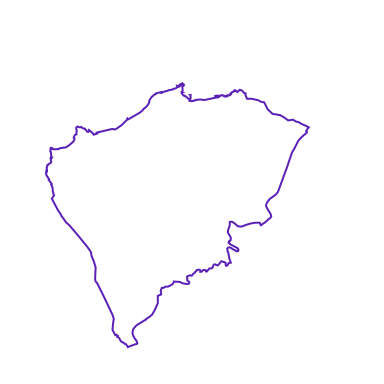 the district of Kota Parepare, Sulawesi Selatan, Indonesia, rotated 63°
{"feature_id": "22746128B37987509465042", "entity_name": "Kota Parepare", "entity_type": "district", "adm_level": 2, "iso_a3": "IDN", "parent_name": "Indonesia", "parent_adm1": "Sulawesi Selatan", "projection": "orthographic", "projection_center": [119.648, -4.02], "detail": "fine", "context": "isolated", "style": "outline", "palette": "violet", "viewbox_px": 384, "rotation_deg": 63, "n_neighbors": 0, "source": "geoboundaries", "source_scale": "gbopen_adm2", "svg_char_len": 5862}
<svg xmlns="http://www.w3.org/2000/svg" viewBox="0 0 384 384"><g transform="rotate(63 192 192)"><path d="M284.6,325.3L284.9,324.0L286.3,323.9L286.7,324.3L286.8,324.0L287.0,324.3L288.2,323.5L289.3,323.2L292.6,323.1L293.8,322.7L294.0,322.3L295.5,321.3L296.7,320.9L297.6,319.9L301.2,319.5L301.1,318.7L301.8,312.6L302.3,310.0L302.0,309.4L300.5,309.1L299.0,309.1L296.7,309.5L293.5,309.6L290.8,309.1L288.4,307.5L287.3,306.2L285.9,302.9L285.4,300.3L284.7,290.9L284.4,290.8L283.8,285.8L283.0,282.9L280.0,278.4L275.6,273.0L269.0,269.6L269.3,266.0L266.6,265.0L265.8,264.5L265.3,264.4L264.6,263.4L263.7,262.5L264.2,261.2L264.4,261.1L264.5,260.1L264.2,259.0L265.5,256.0L265.3,255.4L265.6,254.6L265.3,253.3L265.4,252.1L265.3,251.2L264.3,249.6L263.5,248.7L264.5,247.3L266.4,243.9L269.4,241.5L270.4,240.1L270.7,239.5L271.4,238.7L272.3,236.8L272.0,235.9L271.0,235.4L270.5,235.4L269.1,236.2L268.3,236.2L266.6,235.3L266.0,235.3L265.1,234.7L265.2,231.8L266.5,230.2L265.4,227.9L265.3,226.5L264.2,224.4L264.3,223.9L263.9,223.8L263.8,223.4L264.1,221.4L265.1,220.3L265.5,220.2L266.6,220.7L266.6,220.2L267.2,220.2L267.3,219.0L266.7,217.7L267.0,216.3L267.8,215.7L268.1,215.2L269.1,215.6L269.6,215.2L269.5,214.7L268.0,211.1L269.0,209.2L268.5,207.7L267.2,206.6L266.7,205.5L266.7,204.6L269.1,202.4L268.6,200.8L267.0,197.4L267.7,196.4L268.5,195.9L269.1,195.1L270.4,194.2L272.1,195.1L273.3,195.1L273.5,193.8L272.0,191.7L272.6,189.5L268.1,188.9L262.4,187.2L260.8,187.2L259.5,186.6L258.5,186.4L257.9,184.9L258.4,183.7L259.7,182.5L261.4,181.7L263.4,180.1L265.0,179.3L265.6,177.7L265.0,177.1L264.3,176.8L264.1,177.0L263.4,176.9L262.4,177.1L256.1,181.6L255.6,181.9L254.9,181.8L253.8,182.5L252.7,181.2L253.0,180.9L252.7,179.7L252.3,179.6L251.3,178.6L249.9,178.1L244.2,178.4L242.6,177.4L238.9,173.5L235.9,172.0L236.3,170.4L237.0,169.6L239.5,168.2L243.2,166.8L244.8,164.6L245.5,162.5L245.7,159.7L246.7,154.0L248.0,149.9L249.6,146.5L250.2,145.6L252.0,145.8L253.0,145.6L253.0,145.0L252.5,143.7L252.3,141.0L250.9,135.8L250.6,133.8L249.8,132.5L248.4,132.1L246.6,132.0L241.0,132.5L238.2,132.4L237.4,132.0L235.9,130.5L234.8,128.8L233.4,125.7L232.5,119.3L231.7,116.8L230.7,115.1L212.7,95.7L202.3,85.1L199.8,81.1L194.5,73.9L192.7,68.9L191.6,64.2L191.1,62.7L190.7,62.3L189.4,62.6L187.4,58.6L185.1,60.2L180.9,63.7L178.7,64.8L176.4,67.4L173.4,69.2L171.9,73.8L167.5,76.0L163.5,78.6L158.9,84.8L152.7,87.0L144.8,87.0L142.9,89.6L140.1,91.5L135.8,96.8L134.0,100.6L130.4,100.4L128.4,99.5L127.9,100.4L124.3,101.4L122.6,103.0L123.5,106.3L121.5,106.9L121.6,107.5L121.2,107.6L121.4,107.8L121.0,108.5L121.4,108.8L121.4,109.3L121.2,109.3L121.4,110.7L121.2,111.0L121.8,113.1L122.5,112.8L122.7,113.5L122.9,113.9L122.9,114.6L122.5,114.9L122.5,116.4L122.7,116.6L122.6,117.0L122.3,117.0L122.5,117.2L122.0,117.8L122.3,118.3L121.8,118.5L121.8,118.8L122.0,119.0L121.8,119.5L121.4,119.4L120.8,119.8L120.9,120.1L120.3,120.2L119.3,121.1L119.5,121.9L119.0,122.6L119.5,124.8L119.5,126.1L119.3,126.6L119.0,126.6L119.1,124.6L118.2,124.5L117.5,126.5L117.2,126.5L117.0,127.8L118.7,127.9L115.7,139.1L113.3,142.7L111.5,147.4L111.8,147.5L111.3,150.0L110.8,151.0L110.2,150.8L110.8,151.1L109.7,152.8L108.0,150.8L104.9,149.2L104.8,149.5L105.0,149.4L107.8,150.8L108.9,152.1L103.0,154.7L103.0,155.0L102.6,155.1L102.3,155.7L99.2,156.4L98.9,156.2L99.0,155.9L98.8,156.2L98.3,155.9L98.5,155.4L98.2,155.6L97.9,154.9L97.0,154.1L93.6,152.7L93.3,151.3L94.4,151.1L93.2,151.2L93.7,150.9L93.1,151.0L92.8,150.9L92.8,150.6L92.7,150.6L92.8,150.9L91.9,150.8L91.4,151.2L91.4,152.4L91.0,152.3L90.9,151.3L90.7,151.3L90.8,153.4L91.1,153.3L91.1,152.7L91.5,152.6L91.9,154.8L91.2,154.8L91.1,154.2L91.1,155.8L91.3,155.8L91.2,155.0L91.9,154.9L91.8,155.7L92.1,155.7L91.9,156.1L91.4,156.1L91.4,156.9L91.7,157.0L91.5,157.3L92.5,157.3L91.7,157.5L92.0,157.6L92.0,158.2L91.7,158.4L92.1,158.3L92.3,159.5L91.7,161.6L91.9,162.7L90.7,166.6L90.8,167.1L90.5,169.3L90.0,170.1L89.9,173.0L89.7,173.0L89.8,174.6L89.2,174.7L89.4,174.1L89.0,174.0L87.8,179.5L88.1,179.6L88.3,179.1L88.2,181.6L89.1,185.1L91.0,188.3L91.8,189.1L92.7,189.3L94.5,192.1L95.5,194.6L95.9,197.1L96.9,199.2L97.6,202.4L98.3,215.2L98.3,216.1L97.2,216.2L97.3,216.4L97.6,216.4L98.6,218.3L100.5,224.6L101.4,231.1L101.2,232.6L99.9,233.9L99.3,235.6L96.0,249.2L95.8,250.1L96.1,250.5L96.2,250.3L96.0,250.1L96.0,249.7L96.5,247.7L96.5,248.7L96.2,250.1L96.9,250.2L96.3,253.6L95.1,253.5L90.0,255.6L91.4,257.1L91.2,257.5L90.4,258.1L88.2,258.4L87.4,258.9L87.0,258.7L86.5,259.6L86.2,259.6L85.6,260.3L84.4,261.0L83.8,261.0L83.7,261.7L83.4,262.6L83.0,263.2L82.3,263.5L81.7,264.6L82.0,265.0L82.0,265.8L83.7,266.7L84.8,266.7L87.8,268.8L88.1,268.8L88.1,270.2L88.7,271.2L88.9,271.0L88.7,271.3L89.7,272.7L90.1,272.8L91.1,272.4L92.4,273.5L93.4,275.4L94.6,280.4L94.9,283.1L94.9,284.2L94.6,285.5L93.9,286.6L93.9,287.6L93.1,289.2L93.2,290.5L93.0,290.9L93.2,291.3L92.9,291.6L92.8,292.2L91.8,294.6L90.7,296.5L89.4,296.7L88.8,297.1L88.6,297.7L89.4,298.1L89.3,298.5L90.7,299.1L91.2,299.8L93.3,299.8L94.1,300.4L95.7,300.8L96.9,301.8L97.0,301.3L97.3,301.3L97.6,302.0L97.9,301.4L98.6,302.7L99.9,303.5L101.5,303.9L101.9,304.8L102.0,306.6L102.2,307.1L102.2,307.6L102.6,308.3L102.4,308.7L103.9,309.8L103.9,310.2L104.5,310.5L106.0,311.0L106.3,311.4L106.6,311.4L106.6,311.7L107.2,311.5L107.9,311.9L108.1,312.2L107.9,312.5L107.9,312.8L108.4,312.9L109.0,313.7L110.1,313.7L111.3,314.2L112.5,313.8L113.8,313.9L115.5,313.4L116.0,313.7L116.4,314.3L117.3,313.9L121.0,313.4L121.3,314.0L121.8,313.7L122.5,313.9L123.2,314.4L124.4,314.2L125.2,314.4L128.1,315.7L129.2,315.8L131.1,316.5L132.3,316.3L134.2,319.9L134.4,319.9L147.9,319.7L151.2,319.1L154.2,319.2L157.2,318.6L161.8,318.0L166.3,316.3L180.7,312.9L193.8,310.1L198.0,309.5L199.9,309.4L203.2,310.5L209.4,311.0L215.4,312.1L225.3,317.7L227.2,318.4L228.1,318.4L230.3,317.9L244.8,318.0L265.1,318.6L269.3,319.2L274.2,322.6L278.7,325.4L284.1,325.4L284.6,325.3Z" fill="none" stroke="#5b21b6" stroke-width="2"/></g></svg>